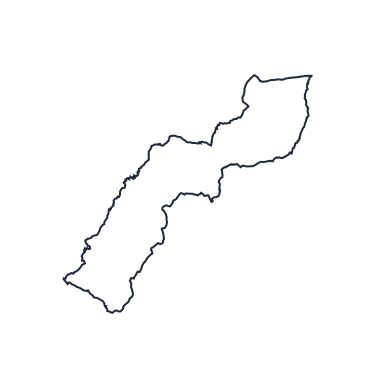 the district of Starchiojd, Prahova, Romania, rotated 73°
{"feature_id": "2599482B13642425667529", "entity_name": "Starchiojd", "entity_type": "district", "adm_level": 2, "iso_a3": "ROU", "parent_name": "Romania", "parent_adm1": "Prahova", "projection": "robinson", "projection_center": [26.147, 45.385], "detail": "fine", "context": "isolated", "style": "outline", "palette": "slate", "viewbox_px": 384, "rotation_deg": 73, "n_neighbors": 0, "source": "geoboundaries", "source_scale": "gbopen_adm2", "svg_char_len": 6077}
<svg xmlns="http://www.w3.org/2000/svg" viewBox="0 0 384 384"><g transform="rotate(73 192 192)"><path d="M237.1,339.7L237.8,340.2L242.7,338.2L242.6,337.9L243.6,337.8L242.6,336.2L242.6,335.8L243.5,334.8L244.5,334.5L246.5,332.1L248.8,330.1L251.5,326.7L254.4,324.5L255.3,322.4L256.3,321.1L255.7,320.2L259.5,319.1L262.3,317.0L263.4,317.0L264.5,316.0L265.7,313.5L270.3,309.1L272.8,308.4L275.2,308.8L275.9,308.5L276.0,307.6L277.0,308.3L279.0,307.3L281.2,307.8L282.2,305.7L282.7,305.6L284.3,303.6L283.2,300.9L283.1,299.1L284.9,296.8L285.3,295.2L284.4,293.5L283.7,292.7L283.5,292.0L281.6,291.3L280.7,289.6L280.2,289.2L278.7,285.2L275.5,282.4L274.6,280.0L273.5,278.9L271.3,278.0L269.7,278.2L267.6,277.8L265.4,278.2L262.2,276.9L260.6,276.9L258.9,277.5L257.0,275.8L256.5,275.2L257.3,274.2L257.6,272.7L256.7,272.4L255.5,270.5L252.6,267.8L252.4,266.8L253.1,266.1L253.0,265.2L251.2,263.4L247.1,260.6L245.3,258.3L245.3,257.7L241.7,253.6L239.4,248.9L239.2,247.9L236.3,247.7L235.2,248.2L233.7,247.2L233.4,245.2L231.0,239.3L232.6,237.7L232.3,235.1L231.8,234.5L230.0,233.8L228.5,232.4L223.6,231.7L220.3,231.6L218.8,231.9L218.2,231.6L218.1,230.5L218.6,229.1L218.4,228.4L216.2,226.1L213.6,224.7L211.0,224.5L208.1,223.5L207.0,223.7L205.9,223.3L204.7,223.9L202.2,224.2L200.3,225.5L198.8,225.1L197.8,224.1L197.2,221.5L197.3,220.3L198.7,218.5L199.4,217.2L196.5,213.5L195.1,212.8L194.9,212.0L194.4,211.6L194.4,210.0L193.8,208.5L192.8,207.8L192.7,207.3L190.9,205.2L189.8,203.3L190.6,201.6L192.4,199.9L191.6,198.7L191.7,198.0L193.4,193.6L193.7,192.2L195.0,190.7L195.5,189.3L197.0,187.3L196.3,186.3L196.2,184.8L195.4,183.6L197.6,181.9L199.2,181.4L199.8,179.2L199.6,178.0L199.9,177.4L207.2,176.3L206.7,174.8L205.0,175.4L204.7,175.2L203.5,172.4L204.1,170.2L203.6,167.9L201.3,165.9L200.4,165.7L199.6,165.0L198.6,165.4L197.8,164.4L196.9,164.9L196.4,164.9L194.1,163.6L192.3,163.1L191.5,163.0L190.7,163.6L189.6,163.4L187.2,160.6L186.7,158.6L183.8,157.6L182.9,157.7L181.2,157.2L179.1,157.2L178.4,155.7L178.5,155.0L177.8,154.0L177.8,153.3L178.3,152.5L177.6,151.5L177.8,150.5L176.8,147.4L177.3,146.9L177.0,146.0L177.7,145.3L177.7,144.1L178.3,143.8L178.3,140.8L182.5,138.3L181.9,137.1L181.7,135.3L183.5,132.5L185.1,126.3L185.0,125.0L183.6,119.9L183.3,117.3L184.2,114.9L184.7,112.3L184.6,110.0L185.2,109.1L185.0,108.0L185.1,107.5L186.1,106.7L186.3,105.7L184.5,104.0L184.0,102.9L183.6,100.8L184.5,99.6L184.4,98.2L185.1,97.6L186.0,95.9L185.6,95.1L185.9,94.3L185.2,92.8L185.5,92.1L184.5,89.9L184.6,88.9L182.8,87.0L183.0,86.6L183.5,86.5L184.4,85.5L179.6,82.7L179.7,81.8L179.1,81.1L178.3,80.7L177.4,79.7L175.9,79.1L175.4,78.4L175.7,77.6L175.0,76.2L174.0,76.1L174.1,75.0L172.7,74.1L172.4,73.2L170.9,73.1L170.4,72.5L167.8,71.1L163.2,67.1L162.9,66.2L162.2,65.4L159.4,64.0L157.6,62.1L155.9,61.6L155.3,60.6L154.1,60.5L153.7,58.7L153.3,58.3L150.1,57.8L148.8,58.0L147.5,57.6L146.4,56.5L145.3,56.9L144.5,56.6L143.8,57.1L141.8,57.5L139.8,56.3L139.1,56.6L137.1,56.1L136.2,56.8L135.4,56.8L134.7,56.7L134.1,55.9L132.3,55.8L127.9,52.7L127.6,51.5L125.8,51.4L122.5,50.4L122.4,49.3L121.1,49.3L120.9,48.6L119.8,48.3L118.5,46.9L116.9,46.1L116.3,44.1L115.9,43.8L114.8,47.0L113.4,54.0L113.3,56.1L111.6,64.4L110.9,69.2L111.2,72.4L109.2,77.5L109.2,78.8L108.0,84.1L108.1,87.5L107.3,92.1L105.7,94.5L102.1,95.5L99.0,97.6L98.7,98.1L98.7,99.2L99.8,101.1L100.2,102.5L101.2,103.7L102.4,106.0L104.3,108.4L108.5,111.6L111.8,112.6L112.7,113.4L114.6,114.2L115.4,115.5L116.2,116.1L119.2,116.8L120.8,116.7L124.6,113.9L126.6,113.0L128.7,117.0L129.3,119.0L131.8,120.5L133.6,122.1L135.0,124.1L134.2,125.9L135.1,128.3L134.5,130.6L134.7,131.3L135.3,132.1L135.2,134.6L136.9,135.4L136.5,137.6L136.7,138.7L135.7,141.1L135.9,142.1L135.2,143.5L134.3,144.3L134.3,145.6L135.8,146.3L135.6,147.9L136.6,148.3L137.5,150.0L138.3,149.5L139.1,149.6L138.5,150.7L140.0,151.8L141.9,152.5L142.1,152.8L141.9,153.3L142.4,154.3L144.7,155.8L145.1,156.5L147.6,157.4L148.1,157.9L149.7,158.2L149.7,158.6L153.0,160.1L151.9,161.7L149.0,163.7L148.1,165.9L147.0,167.2L146.9,167.9L147.4,168.7L147.0,169.1L147.5,169.3L146.8,169.6L147.0,170.2L146.7,170.5L147.6,170.8L147.2,171.8L147.4,172.5L146.1,174.2L145.4,177.1L143.9,179.2L143.5,181.2L142.3,182.7L141.0,183.3L138.7,185.4L136.2,186.9L134.9,189.7L133.0,192.2L132.2,196.1L132.6,196.7L132.6,197.3L134.7,198.4L136.4,199.8L136.8,200.9L137.6,202.0L138.2,204.1L139.1,206.0L138.9,207.1L138.2,208.0L137.6,208.3L137.3,209.4L136.9,209.6L136.5,209.0L136.3,209.4L136.8,211.0L136.1,211.8L135.8,213.1L135.7,214.6L136.2,215.6L136.1,217.4L137.9,218.1L140.7,221.6L148.5,223.9L150.0,227.6L150.8,228.8L152.2,230.2L152.3,231.3L153.2,232.4L153.4,233.6L154.1,233.9L154.2,235.9L155.5,236.6L156.4,236.2L156.8,237.6L157.2,237.2L157.7,238.0L158.3,237.9L158.3,238.7L160.1,238.9L160.5,239.9L160.2,241.0L160.6,241.4L159.7,242.1L161.6,242.1L162.1,242.8L161.8,243.4L160.8,243.9L160.9,242.5L159.8,243.0L160.3,244.0L161.9,244.7L159.4,246.3L160.2,246.7L160.6,247.6L160.1,247.8L160.1,248.8L161.1,248.7L159.9,250.0L160.7,251.1L160.6,251.7L161.7,251.5L162.1,251.8L161.8,252.5L162.3,252.7L162.4,253.7L163.2,254.7L165.0,253.5L167.8,254.7L168.3,255.8L167.9,257.8L170.0,260.3L174.1,262.0L176.1,264.0L175.1,263.7L174.7,264.1L175.1,265.1L176.1,265.9L176.0,267.6L176.9,269.1L177.3,269.5L179.5,269.7L180.4,270.9L181.9,271.0L183.3,273.7L185.1,275.3L184.0,276.1L185.4,277.2L186.8,277.5L188.8,278.7L189.6,279.6L190.7,280.3L191.9,280.6L194.8,284.4L197.2,285.4L197.4,287.0L199.4,290.0L201.8,291.6L205.1,295.0L205.3,296.5L205.0,297.9L205.3,299.2L205.3,300.7L206.4,301.7L206.4,304.5L206.1,305.3L206.7,306.1L206.7,307.4L207.3,308.3L210.5,308.3L211.3,307.4L213.0,307.5L214.0,305.8L215.9,305.8L216.6,306.4L216.6,306.7L216.2,307.8L215.1,308.6L215.8,309.0L215.8,309.3L214.5,310.8L215.7,311.9L216.3,311.7L216.6,312.1L217.0,311.2L218.1,312.1L219.3,314.4L221.2,316.3L223.5,316.2L225.4,317.3L225.7,317.2L225.6,316.3L226.4,315.4L229.0,315.3L229.6,318.7L230.4,319.3L232.6,322.3L234.1,325.7L234.2,327.9L235.3,329.2L235.4,329.5L234.3,330.7L234.5,332.4L234.4,333.0L234.8,333.7L234.7,334.6L235.2,335.9L236.2,337.1L237.7,338.1L237.6,339.3L237.1,339.7Z" fill="none" stroke="#1e293b" stroke-width="2"/></g></svg>